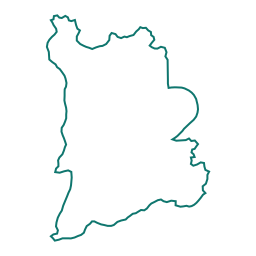 Biritiba Mirim, São Paulo, Brazil
{"feature_id": "56859067B18564095209636", "entity_name": "Biritiba Mirim", "entity_type": "district", "adm_level": 2, "iso_a3": "BRA", "parent_name": "Brazil", "parent_adm1": "São Paulo", "projection": "natural_earth1", "projection_center": [-46.024, -23.622], "detail": "fine", "context": "isolated", "style": "outline", "palette": "teal", "viewbox_px": 256, "rotation_deg": 0, "n_neighbors": 0, "source": "geoboundaries", "source_scale": "gbopen_adm2", "svg_char_len": 2699}
<svg xmlns="http://www.w3.org/2000/svg" viewBox="0 0 256 256"><path d="M209.1,171.6L205.4,169.9L204.4,166.5L204.0,163.0L200.7,162.4L197.1,164.5L193.3,165.7L190.9,163.9L191.7,160.6L190.9,157.5L194.6,157.0L193.6,154.3L191.5,152.4L192.2,149.5L194.6,148.9L196.3,146.4L198.0,144.1L194.8,140.5L191.3,141.0L189.0,138.5L185.8,140.1L181.1,140.4L176.3,140.7L172.5,139.4L175.3,137.6L177.5,135.9L179.9,133.5L182.4,131.0L184.0,128.8L189.9,123.2L191.8,121.5L193.7,119.8L196.2,116.5L197.5,112.7L198.0,109.3L197.6,105.0L196.1,98.9L193.9,95.0L191.7,92.6L188.9,90.5L184.6,88.4L181.7,87.6L177.5,87.4L174.9,87.3L171.3,87.5L168.6,87.9L167.9,83.6L167.9,79.8L167.6,59.8L165.4,56.4L166.5,52.2L164.8,47.8L160.9,46.8L157.4,48.6L154.6,48.5L151.8,47.2L149.7,45.6L151.7,42.9L154.3,39.8L153.6,36.9L151.2,35.2L150.9,32.0L148.2,30.4L145.9,27.8L142.8,28.1L140.3,27.2L138.7,29.3L136.2,31.5L133.5,35.0L129.5,36.1L126.9,37.2L124.4,36.6L121.1,38.1L117.6,36.9L115.5,34.1L111.6,33.0L109.6,35.8L109.3,40.0L106.2,44.0L102.5,45.9L99.8,46.2L96.0,47.4L92.2,49.0L89.2,47.8L86.2,46.9L83.5,45.7L80.2,44.0L76.8,40.6L76.8,36.5L78.7,33.0L79.9,30.4L77.4,28.7L76.1,25.1L74.9,20.0L71.3,21.1L68.9,20.4L67.9,17.4L65.3,15.9L61.8,18.0L59.3,17.6L57.3,15.4L53.9,16.1L53.5,19.3L50.9,20.2L52.4,22.5L53.6,25.1L56.1,28.7L56.7,31.8L54.5,34.6L52.0,36.8L49.4,39.7L47.6,42.8L46.9,46.9L48.8,51.9L49.0,54.8L49.3,59.5L52.3,62.1L55.6,64.4L57.1,67.2L59.8,69.1L62.3,72.5L64.5,75.7L65.5,78.5L66.5,83.0L66.0,86.7L64.7,89.2L64.6,92.1L64.6,95.8L64.4,100.5L65.0,103.5L66.1,107.7L66.5,111.2L66.2,114.4L66.2,118.3L65.1,121.5L63.7,124.9L61.7,127.8L61.5,131.7L62.7,135.3L63.9,138.1L65.1,141.5L66.1,144.6L64.9,147.2L63.9,150.6L62.4,154.3L59.4,157.5L58.1,160.4L58.4,163.4L58.4,166.3L56.1,168.5L55.2,172.1L59.7,172.7L64.1,171.3L68.2,170.4L71.3,171.9L71.7,177.5L71.3,182.2L71.0,185.4L70.2,189.2L68.5,192.7L67.1,196.3L65.3,200.6L63.2,205.7L61.8,210.6L59.9,213.5L57.8,217.7L56.5,222.4L56.0,226.4L57.9,230.3L57.1,233.6L53.4,234.4L50.9,236.3L53.0,238.3L54.8,240.6L58.9,239.7L62.6,238.3L66.2,238.3L71.0,238.4L74.6,237.5L78.0,236.0L81.1,234.9L83.9,232.7L85.0,229.6L86.7,226.1L90.0,223.8L92.0,221.4L94.4,221.4L97.1,222.8L101.1,224.4L104.1,225.0L107.8,225.9L111.1,225.9L113.8,225.0L117.4,221.9L121.2,220.5L125.7,219.5L127.8,217.4L130.0,215.9L132.7,213.8L135.8,213.2L138.5,211.5L141.0,210.0L144.3,210.3L146.9,208.5L149.4,205.3L151.3,203.5L154.2,202.1L157.8,200.2L161.0,199.5L163.5,201.2L166.8,202.1L171.2,200.7L175.7,201.2L175.6,205.3L180.4,206.7L183.2,206.4L186.5,205.8L189.1,206.6L191.6,206.1L194.1,204.8L196.4,202.9L198.4,200.7L200.7,197.9L203.0,194.7L205.4,193.1L202.9,190.4L202.7,186.3L205.9,183.7L207.4,179.0L207.4,174.9L209.1,171.6Z" fill="none" stroke="#0f766e" stroke-width="2"/></svg>